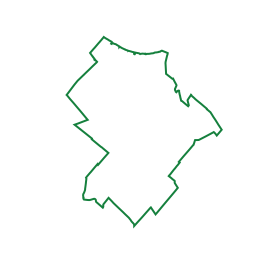 Baraganu, Constanta, Romania, rotated 308°
{"feature_id": "2599482B12135283743765", "entity_name": "Baraganu", "entity_type": "district", "adm_level": 2, "iso_a3": "ROU", "parent_name": "Romania", "parent_adm1": "Constanta", "projection": "albers", "projection_center": [28.409, 44.093], "detail": "fine", "context": "isolated", "style": "outline", "palette": "green", "viewbox_px": 256, "rotation_deg": 308, "n_neighbors": 0, "source": "geoboundaries", "source_scale": "gbopen_adm2", "svg_char_len": 5049}
<svg xmlns="http://www.w3.org/2000/svg" viewBox="0 0 256 256"><g transform="rotate(308 128 128)"><path d="M54.6,193.2L59.2,193.5L65.8,194.0L79.1,194.8L79.5,194.9L76.9,202.9L77.2,202.9L78.4,203.0L91.1,203.4L104.4,203.9L111.5,204.1L112.5,201.3L113.4,198.8L113.7,198.4L114.6,197.8L115.0,197.4L115.1,197.2L115.1,196.6L115.1,196.0L115.1,195.6L115.1,195.2L115.1,194.6L115.1,193.9L115.2,193.4L115.2,192.5L115.2,192.0L115.2,191.3L115.2,190.9L115.2,190.5L115.2,189.7L115.7,189.7L116.4,189.7L117.2,189.8L118.3,189.8L119.3,189.8L120.0,189.8L121.2,189.8L121.8,189.8L122.4,189.8L123.1,189.8L123.8,189.8L124.6,189.9L125.3,189.9L125.9,189.9L126.9,189.9L127.7,189.9L128.3,189.9L129.3,190.0L130.0,190.0L130.4,190.0L131.3,190.0L131.8,190.0L132.4,190.0L132.6,190.0L132.6,188.9L140.1,189.2L147.6,189.6L154.9,189.9L155.0,190.0L155.3,190.0L155.6,189.8L155.9,189.7L157.4,189.2L158.6,188.7L159.5,188.4L159.8,188.3L160.9,189.7L162.0,191.0L162.9,191.5L164.0,192.0L169.2,194.4L177.3,198.0L177.6,198.1L177.5,199.1L177.4,199.8L177.3,200.5L177.1,201.2L176.7,202.6L184.3,202.9L185.5,199.4L186.3,197.0L187.2,194.6L188.3,191.5L189.3,188.4L190.1,186.3L191.2,183.2L191.2,182.0L191.3,180.1L191.3,178.6L191.6,178.5L191.7,178.4L191.8,176.4L191.8,175.9L191.9,173.3L192.0,171.2L192.1,166.1L192.1,165.5L192.2,163.1L192.3,162.5L192.4,161.5L192.5,159.7L192.5,159.2L192.6,158.3L192.7,157.9L193.0,157.5L193.0,157.4L193.0,157.2L192.5,157.3L188.2,157.6L186.6,157.8L186.4,158.0L185.1,159.6L183.9,161.2L183.3,161.9L183.2,162.0L182.2,162.0L182.3,158.2L182.4,155.7L182.5,154.0L182.4,153.8L182.3,153.5L182.2,153.4L182.2,153.2L182.3,153.0L182.6,152.6L182.8,152.4L182.9,152.2L183.8,151.2L183.9,150.9L184.7,150.0L185.4,149.2L185.9,148.5L186.6,147.6L187.0,147.2L187.5,146.6L187.7,146.4L188.3,145.7L188.6,145.4L188.8,145.3L188.8,145.0L188.1,144.4L187.8,144.3L187.4,144.2L185.9,144.1L185.9,143.9L186.0,143.2L186.5,142.6L186.7,142.0L186.9,141.7L187.0,141.5L187.1,141.4L187.5,141.2L187.9,140.9L188.1,140.9L189.2,140.6L190.0,140.4L190.5,140.3L191.4,140.0L191.7,139.7L193.4,135.8L194.7,133.1L194.1,132.7L194.1,129.9L194.1,124.9L194.1,124.7L197.3,121.9L201.2,118.5L202.2,117.6L202.7,117.3L203.3,116.9L209.2,114.2L209.5,114.1L209.8,114.0L210.0,114.0L211.5,113.2L210.9,110.9L209.9,107.5L209.8,107.1L209.4,106.9L208.7,106.5L208.1,106.4L207.5,106.0L207.3,105.6L206.5,105.2L204.9,103.7L204.5,103.2L204.1,102.8L203.9,102.7L203.6,102.4L203.2,102.3L202.9,102.2L202.3,101.7L202.2,101.6L201.7,101.1L201.5,100.9L201.1,100.4L200.9,100.3L200.6,100.0L200.0,99.5L199.5,99.0L198.7,98.1L198.3,97.6L198.0,97.2L197.9,97.2L197.4,96.9L197.3,96.7L197.2,96.4L196.9,96.3L196.7,95.7L196.9,95.7L197.0,95.6L196.8,95.4L196.4,95.0L196.1,94.5L195.6,93.7L195.1,93.2L194.8,92.9L194.0,92.1L193.8,91.8L193.7,91.8L193.7,91.0L193.7,90.9L193.3,90.0L192.8,89.1L192.0,87.5L191.8,87.5L191.7,87.6L190.3,87.9L190.2,87.8L190.1,87.7L190.1,87.2L191.4,86.2L191.2,85.7L190.8,84.9L190.5,84.3L190.2,83.4L189.7,82.2L189.1,80.8L188.9,80.7L189.0,80.6L188.7,79.5L188.3,78.5L188.0,77.5L188.1,77.4L187.8,76.4L187.6,75.4L187.3,74.3L187.3,74.2L187.1,72.6L186.9,71.8L186.8,71.5L186.7,71.2L186.4,71.2L186.5,71.1L186.8,71.2L187.0,71.5L187.0,71.1L186.8,69.8L186.7,68.7L186.6,68.2L186.5,66.8L185.8,65.2L185.6,63.9L185.3,63.3L185.1,63.3L184.2,63.4L184.1,62.8L185.0,62.7L185.9,62.1L185.7,60.9L185.4,59.1L185.4,58.5L185.2,56.9L185.1,56.4L185.1,56.1L185.0,55.8L184.8,53.8L184.8,53.7L184.8,53.1L184.8,52.9L184.5,52.9L184.4,52.9L183.9,52.9L181.3,52.8L180.3,52.8L179.6,52.7L178.8,52.7L178.4,52.7L178.1,52.7L177.5,52.6L170.4,52.3L169.5,52.2L163.8,51.9L162.4,56.6L162.5,56.6L162.2,57.7L161.7,59.5L161.5,59.4L161.3,59.3L161.1,59.4L161.1,60.3L161.3,60.8L161.3,61.6L161.1,62.9L160.4,62.9L155.0,62.1L151.2,61.6L149.7,61.4L146.3,60.9L137.7,59.7L135.6,59.4L134.2,59.2L133.8,59.2L129.5,59.1L128.4,59.1L118.0,59.3L116.3,59.3L116.3,59.5L115.2,64.3L115.1,64.8L114.1,70.0L113.2,74.3L112.1,79.7L110.4,87.5L109.6,91.2L104.5,88.1L101.0,86.0L97.7,83.9L97.7,84.0L97.6,97.6L97.5,106.2L97.3,106.3L97.2,106.3L96.8,106.4L96.8,107.2L96.7,109.7L96.5,117.5L96.5,118.3L96.6,118.9L96.3,127.9L96.1,127.9L94.4,127.8L89.3,127.5L84.8,127.3L80.6,127.1L80.7,126.9L80.9,126.6L81.0,126.2L80.6,126.2L78.5,126.1L76.2,126.0L70.3,125.8L69.3,125.7L64.9,125.5L63.0,125.5L62.9,125.7L62.7,126.0L62.4,126.5L62.1,126.6L61.5,127.0L59.8,128.0L58.2,129.0L55.5,130.6L53.6,131.7L53.4,131.9L53.2,132.0L52.7,132.3L52.2,132.5L50.0,133.2L48.7,133.4L48.1,133.6L47.6,133.9L47.3,134.1L46.2,135.2L45.5,135.7L45.6,136.0L45.3,136.2L45.0,136.4L44.7,136.7L44.5,137.3L44.6,137.5L46.1,140.0L47.3,141.8L47.7,142.2L48.6,142.9L51.3,144.8L51.5,145.1L51.7,145.5L51.7,145.8L51.7,146.3L51.6,146.6L51.5,146.9L51.1,147.3L50.6,147.8L50.4,148.0L50.2,148.3L50.2,148.5L50.1,149.0L50.1,149.7L49.7,157.2L50.4,157.1L50.7,157.0L51.0,156.8L51.6,156.3L52.2,155.8L52.4,155.7L52.5,155.7L52.9,155.6L61.0,155.7L60.8,157.0L60.4,160.0L59.9,162.8L59.2,169.9L58.6,176.2L58.3,178.7L57.8,183.9L57.6,184.7L57.3,186.0L57.1,186.8L56.7,187.8L56.5,188.5L56.2,190.5L56.0,191.6L55.9,191.9L55.6,192.3L55.1,192.8L54.6,193.2Z" fill="none" stroke="#15803d" stroke-width="2"/></g></svg>